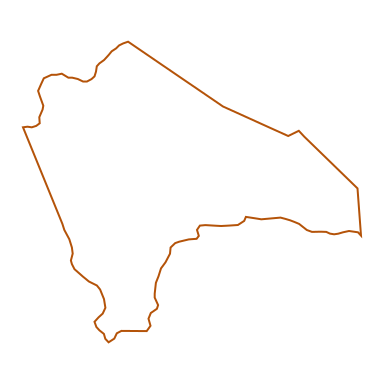 Coremas, Paraíba, Brazil
{"feature_id": "56859067B65576512747255", "entity_name": "Coremas", "entity_type": "district", "adm_level": 2, "iso_a3": "BRA", "parent_name": "Brazil", "parent_adm1": "Paraíba", "projection": "orthographic", "projection_center": [-37.983, -7.063], "detail": "fine", "context": "isolated", "style": "outline", "palette": "amber", "viewbox_px": 384, "rotation_deg": 0, "n_neighbors": 0, "source": "geoboundaries", "source_scale": "gbopen_adm2", "svg_char_len": 1404}
<svg xmlns="http://www.w3.org/2000/svg" viewBox="0 0 384 384"><path d="M62.4,223.9L64.3,229.9L69.3,239.2L71.9,247.5L72.7,253.6L70.9,260.5L71.9,264.1L74.5,269.2L82.8,276.5L88.9,281.5L96.9,285.5L100.1,289.5L104.0,299.1L105.4,307.8L102.7,313.6L98.6,317.3L94.5,321.8L96.4,327.0L99.4,330.3L103.9,333.9L105.3,338.8L108.6,342.3L114.3,338.6L116.8,333.3L121.4,330.9L146.7,331.1L150.5,325.8L148.5,318.7L150.8,313.0L156.9,308.8L158.1,305.1L154.7,297.6L154.7,293.7L155.9,282.8L158.5,276.3L161.0,268.4L165.5,262.3L170.0,253.7L170.6,247.5L175.2,243.1L179.2,241.7L188.8,239.4L196.6,238.8L198.8,235.9L197.0,229.9L199.9,225.6L205.4,225.1L217.1,225.8L221.2,226.0L228.8,225.6L237.9,225.0L244.2,220.9L245.9,216.9L257.0,218.6L261.3,219.3L280.5,217.6L285.4,218.9L290.1,220.3L294.3,221.9L299.1,223.9L306.8,230.0L312.0,231.9L320.6,231.7L326.3,231.9L329.9,233.6L334.1,234.3L338.2,233.7L343.0,232.3L349.0,231.0L358.0,232.3L361.0,235.6L357.5,188.4L304.3,136.7L298.8,130.8L288.2,136.0L268.7,127.2L223.0,106.5L200.6,91.2L163.5,65.9L128.1,41.7L123.2,43.4L119.1,45.4L116.1,48.4L111.7,51.3L108.4,55.3L104.1,60.0L99.4,63.4L96.8,66.3L96.0,71.6L94.5,76.4L91.5,79.1L87.0,81.5L83.0,81.5L77.8,79.0L72.3,77.7L68.4,77.7L61.8,73.7L56.5,74.8L51.5,74.8L43.8,78.3L41.2,83.9L38.1,90.9L39.9,96.3L43.3,105.7L42.6,109.5L39.3,117.2L39.7,123.3L36.2,125.9L31.8,127.3L27.5,126.7L23.0,127.3L62.4,223.9Z" fill="none" stroke="#b45309" stroke-width="2"/></svg>